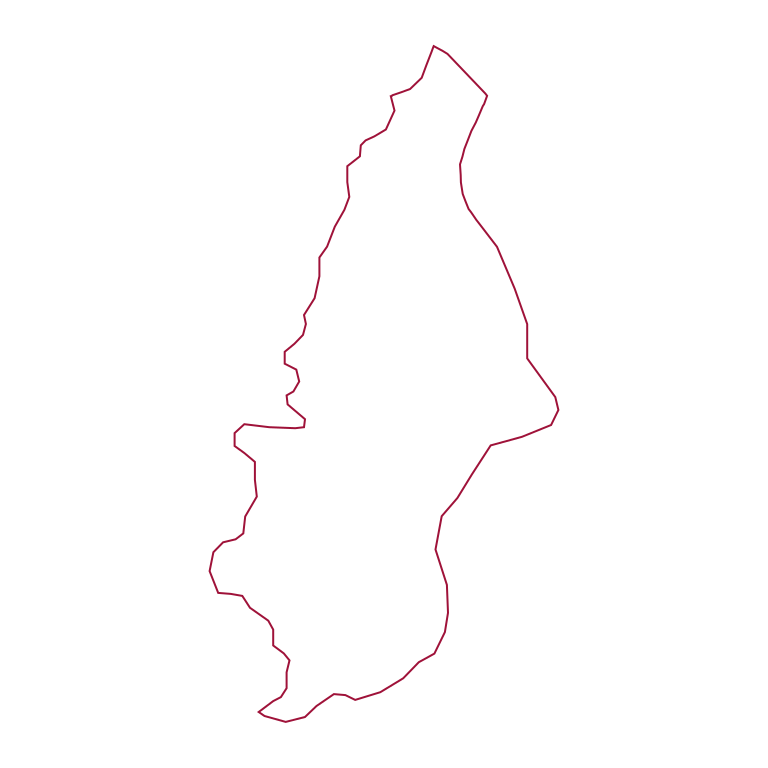 Enbar Pwin/Millet, Anse-la-Raye, Saint Lucia (Mercator projection)
{"feature_id": "8701671B70172506125810", "entity_name": "Enbar Pwin/Millet", "entity_type": "district", "adm_level": 2, "iso_a3": "LCA", "parent_name": "Saint Lucia", "parent_adm1": "Anse-la-Raye", "projection": "mercator", "projection_center": [-60.993, 13.912], "detail": "fine", "context": "isolated", "style": "outline", "palette": "rose", "viewbox_px": 768, "rotation_deg": 0, "n_neighbors": 0, "source": "geoboundaries", "source_scale": "gbopen_adm2", "svg_char_len": 1515}
<svg xmlns="http://www.w3.org/2000/svg" viewBox="0 0 768 768"><path d="M485.3,93.5L447.5,53.9L442.8,51.0L433.7,46.1L433.2,47.3L431.6,51.7L426.4,65.1L421.7,77.8L410.1,89.0L401.4,92.2L392.3,95.3L391.9,95.9L390.8,96.2L391.0,96.9L394.5,110.6L385.9,129.5L374.3,136.4L365.6,140.4L360.8,145.3L359.9,156.3L347.3,166.2L347.3,182.1L349.3,196.9L344.4,209.8L334.8,226.7L327.1,246.6L319.4,257.5L319.4,276.3L314.6,298.2L304.0,315.0L305.9,324.0L303.0,334.9L294.4,343.8L284.7,351.8L284.7,363.7L296.3,369.6L299.2,381.5L293.4,391.5L286.6,395.4L287.6,404.4L305.0,419.2L304.0,427.2L295.3,428.2L269.3,427.2L244.3,424.2L234.6,433.1L234.6,446.0L244.3,453.0L254.9,461.9L254.9,479.8L256.8,496.6L245.2,516.5L243.3,533.4L235.6,539.3L223.1,542.3L213.4,552.2L209.6,571.1L218.2,592.9L230.8,593.9L242.3,595.9L250.0,607.8L268.3,620.7L273.2,629.6L273.2,645.5L283.8,653.4L289.5,660.4L286.6,672.3L286.6,688.2L280.9,697.1L273.2,701.1L258.7,712.0L264.5,716.0L285.7,721.9L305.0,717.0L316.5,706.0L333.9,694.1L345.4,695.1L355.2,699.9L380.3,692.2L403.2,678.3L418.8,662.2L434.4,653.6L444.9,632.1L448.0,612.8L446.9,584.9L435.5,549.5L441.7,516.2L457.4,498.0L471.9,474.4L490.7,445.4L522.0,436.8L551.1,425.0L558.4,410.0L555.3,397.1L527.2,358.4L527.2,324.1L514.7,288.7L497.0,246.8L480.6,225.4L476.4,220.0L471.0,212.1L468.6,209.0L465.5,201.3L462.7,193.9L460.9,182.4L460.7,175.0L460.0,164.4L462.4,156.8L464.4,148.9L467.5,141.0L471.4,130.9L475.8,122.5L478.8,115.6L482.8,106.1L484.1,104.1L487.1,95.8L485.3,93.5Z" fill="none" stroke="#9f1239" stroke-width="2"/></svg>